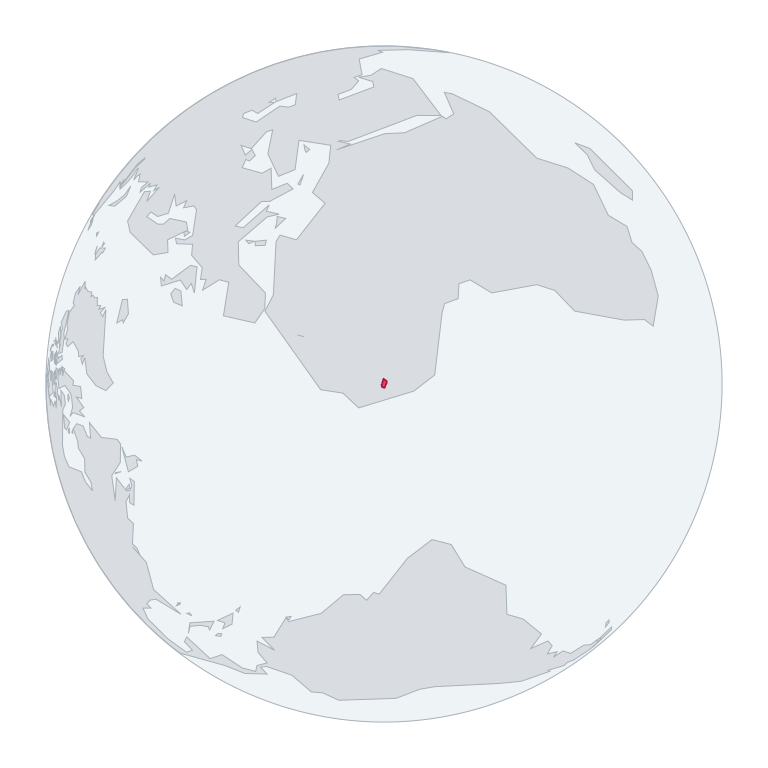 Mali on an orthographic globe, rotated 289°
{"feature_id": "GIN-5652", "entity_name": "Mali", "entity_type": "Prefecture", "adm_level": 1, "iso_a3": "GIN", "parent_name": "Guinea", "parent_adm1": "", "projection": "orthographic", "projection_center": [-12.225, 12.042], "detail": "fine", "context": "on_globe", "style": "filled", "palette": "rose", "viewbox_px": 768, "rotation_deg": 289, "n_neighbors": 0, "source": "natural_earth", "source_scale": "10m", "svg_char_len": 9446}
<svg xmlns="http://www.w3.org/2000/svg" viewBox="0 0 768 768"><g transform="rotate(289 384 384)"><circle cx="384" cy="384" r="338" fill="#eef3f6" stroke="#a8b0b8"/><path d="M283.4,61.4L282.5,62.2L254.9,75.8L261.7,73.5L255.5,78.7L261.0,78.4L254.3,82.0L264.5,78.8L269.5,75.7L275.6,73.5L279.3,73.3L271.5,77.5L268.5,78.2L268.1,79.4L262.6,81.8L267.4,80.6L257.4,86.4L272.7,80.6L269.2,85.4L261.2,89.3L255.1,88.7L221.2,100.0L211.2,105.6L203.1,113.2L202.5,126.5L194.2,133.6L188.1,143.2L195.8,138.8L203.3,129.9L216.1,125.2L223.7,116.0L230.0,113.1L240.7,104.7L246.5,106.5L246.3,113.2L237.8,120.6L237.4,124.2L251.6,118.1L241.4,134.3L244.8,149.7L241.4,154.5L223.9,160.2L208.7,156.4L186.0,167.9L208.2,161.5L199.2,175.2L200.8,178.3L205.7,178.7L212.0,174.3L210.5,179.7L188.0,187.0L189.0,182.1L196.2,179.5L188.9,178.3L173.8,185.2L170.4,192.5L151.0,198.2L148.4,203.9L142.7,209.0L148.2,199.2L137.9,217.4L114.6,233.1L100.2,267.0L106.3,238.5L103.6,233.3L98.9,231.3L96.3,236.6L93.6,229.1L85.0,237.3L72.6,262.8L66.1,284.7L69.9,289.6L75.4,279.2L80.6,279.8L67.7,309.1L75.4,318.9L69.4,342.2L70.4,356.2L76.5,355.6L82.2,364.2L89.4,352.2L99.6,347.7L96.6,367.3L104.7,351.2L108.7,362.3L130.9,367.4L128.4,371.4L146.7,399.3L171.5,414.3L177.2,429.7L173.8,437.9L183.5,442.1L183.7,447.9L226.8,462.9L252.5,480.1L254.1,499.8L237.4,520.2L233.4,564.8L206.3,575.2L207.0,592.2L198.9,614.2L181.6,608.9L194.4,622.6L191.2,628.2L182.0,626.4L187.2,634.8L180.8,633.2L189.9,640.1L190.0,648.2L202.1,657.9L204.8,664.2L213.0,669.8L210.2,668.8L210.0,669.7L213.5,672.4L200.2,665.1L184.5,653.0L180.5,648.1L176.5,646.0L166.8,632.4L166.4,634.4L147.6,610.5L138.9,591.6L114.5,530.9L106.9,517.0L90.7,497.7L70.3,444.4L72.0,426.2L69.2,415.7L78.7,391.6L78.6,364.6L76.0,359.5L71.7,367.9L65.0,346.8L66.0,325.4L63.2,278.8L66.9,267.5L73.1,251.8L78.9,238.7L90.7,216.2L104.0,194.8L119.0,174.3L135.4,155.1L153.2,137.1L172.4,120.6L192.7,105.5L214.0,91.9L236.4,80.0L259.5,69.8L283.4,61.4ZM95.0,278.2L104.3,300.5L94.7,299.2L97.3,296.8L95.9,288.5L91.7,279.5L84.6,280.2L95.0,278.2ZM108.8,262.2L106.8,259.9L109.4,260.7L108.8,262.2ZM236.8,104.5L238.7,104.6L235.7,106.1L236.8,104.5ZM239.7,101.0L234.9,102.6L235.6,101.2L238.5,100.2L239.7,101.0ZM245.4,99.4L237.3,98.6L238.6,96.3L250.8,90.9L245.4,99.4ZM269.5,74.8L264.3,78.1L265.2,75.7L269.5,74.8ZM268.6,73.9L262.7,71.5L272.2,67.2L272.2,68.5L281.9,63.9L289.5,62.9L285.9,65.3L278.2,68.0L286.9,65.7L268.6,73.9ZM278.2,72.4L276.1,72.0L284.2,68.2L289.8,68.4L285.4,69.5L278.2,72.4ZM280.7,63.5L287.7,61.1L295.8,59.5L299.6,58.5L290.5,62.6L280.7,63.5ZM285.4,70.3L292.5,68.7L292.0,70.5L280.7,72.7L285.4,70.3ZM284.0,67.2L288.1,65.5L287.6,66.5L284.0,67.2ZM294.3,77.4L291.7,76.3L295.7,74.0L294.3,77.4ZM295.1,68.0L295.2,67.4L296.5,66.6L300.9,66.1L295.1,68.0ZM296.8,61.4L298.7,61.5L300.9,59.6L307.1,58.9L299.8,62.0L305.5,60.4L307.4,60.2L299.4,63.0L296.8,61.4ZM309.3,63.3L302.2,67.8L306.2,70.0L302.7,71.9L296.9,68.2L309.3,63.3ZM304.2,62.8L306.5,63.4L301.0,65.1L296.0,65.7L304.2,62.8ZM313.8,57.5L306.3,57.8L308.1,57.2L313.8,57.5ZM311.5,63.5L313.2,62.4L312.4,63.4L311.5,63.5ZM314.3,58.8L311.4,58.8L313.6,58.1L314.3,58.8ZM318.9,60.6L316.6,61.9L313.1,62.2L318.9,60.6ZM317.7,59.5L321.4,58.5L313.3,61.5L316.0,59.6L317.7,59.5ZM316.9,58.1L317.2,57.7L317.8,58.2L316.9,58.1ZM333.4,59.2L324.0,62.9L316.4,63.3L326.5,59.5L333.4,59.2ZM225.9,679.0L203.0,667.1L214.3,673.0L213.2,670.3L228.4,678.3L225.9,679.0ZM226.5,672.5L230.5,671.8L234.1,673.5L232.1,674.5L226.5,672.5ZM706.6,283.4L708.7,290.4L716.2,322.1L718.7,338.5L708.0,298.0L697.4,269.5L697.2,274.6L683.2,254.7L669.3,262.6L664.2,256.0L662.3,261.4L651.9,257.1L642.8,246.3L638.0,249.2L661.5,277.7L666.3,274.9L665.8,260.1L671.8,271.3L681.4,278.7L682.2,311.9L656.4,350.5L648.6,327.5L601.6,271.1L600.0,263.7L599.6,263.0L598.7,261.7L599.9,273.9L590.0,263.0L620.8,303.0L628.3,321.7L656.1,352.0L654.8,356.4L662.2,362.0L679.4,346.1L680.6,354.1L675.8,394.9L647.3,454.8L648.1,487.7L640.9,517.1L616.6,541.1L612.1,562.4L598.5,572.5L593.2,584.8L578.6,599.5L556.6,614.6L526.4,619.7L529.7,609.2L522.6,590.2L515.0,540.6L528.1,515.0L527.7,496.2L505.2,456.2L510.5,431.5L503.2,422.2L488.8,426.3L479.7,415.1L470.5,415.7L409.0,429.0L387.0,414.5L353.2,367.9L362.0,348.1L358.0,326.0L414.1,247.7L432.2,250.4L483.5,235.6L491.0,237.3L491.8,254.3L535.7,269.5L541.8,254.0L574.8,260.0L592.4,255.9L586.7,224.3L557.8,230.1L546.0,216.6L563.8,199.3L588.1,196.0L584.3,190.8L563.3,181.9L563.1,171.2L555.3,178.3L562.8,182.8L558.1,187.9L551.0,184.2L551.3,180.2L542.3,179.4L543.6,200.2L551.3,207.0L531.4,214.6L542.3,227.1L538.9,234.5L519.3,216.3L516.8,208.8L485.0,191.8L485.9,200.0L515.9,217.1L509.1,216.5L510.4,229.5L504.0,219.2L471.0,199.9L449.2,208.0L431.4,242.3L416.6,246.7L399.7,242.0L396.2,210.0L429.7,204.1L428.9,194.3L413.6,181.9L425.1,181.7L423.0,176.5L434.8,174.3L443.1,160.2L453.8,157.5L449.1,142.3L453.9,139.3L455.4,148.8L462.1,154.7L487.8,150.0L490.5,146.2L485.3,137.1L493.0,137.7L484.7,129.5L495.5,124.2L475.3,124.5L468.7,115.5L470.8,107.7L465.0,105.2L461.5,118.1L463.4,123.5L470.8,127.7L472.8,144.4L465.7,148.4L449.9,132.4L438.1,136.9L431.0,123.9L444.8,94.6L454.6,88.5L487.8,94.9L490.2,100.3L479.4,100.3L496.8,107.6L491.9,103.4L498.3,104.4L493.6,97.4L497.9,97.8L486.0,90.9L490.7,90.7L498.2,95.1L495.3,86.1L503.1,85.0L500.3,82.9L495.2,80.9L508.4,81.6L505.8,80.1L500.5,79.2L491.8,75.9L481.7,70.7L486.8,71.2L491.2,73.1L508.0,78.6L518.8,84.5L519.9,84.3L511.8,79.4L491.2,72.5L483.6,69.4L493.1,71.8L489.1,70.6L486.9,69.3L489.6,68.7L479.0,65.9L448.4,54.4L450.5,53.3L462.4,56.0L448.6,52.3L472.2,57.8L495.4,65.0L518.0,73.8L539.9,84.2L560.9,96.1L581.1,109.5L600.3,124.4L618.3,140.5L635.2,158.0L650.7,176.5L664.9,196.2L677.7,216.8L688.9,238.3L698.6,260.5L706.6,283.4ZM402.3,286.2L402.6,292.9L402.3,286.2ZM619.2,209.2L630.2,206.9L615.8,190.1L618.9,188.2L612.9,183.6L614.7,189.0L598.7,176.5L600.0,170.0L593.9,163.1L589.9,163.6L590.0,177.8L613.0,195.2L614.5,203.4L619.2,209.2ZM131.7,367.3L134.0,371.8L130.2,371.0L131.7,367.3ZM91.2,306.6L94.2,308.3L95.0,311.9L92.3,311.9L91.2,306.6ZM121.9,317.5L126.4,320.6L120.8,320.7L121.9,317.5ZM106.2,303.6L118.2,315.8L107.4,318.5L100.2,311.2L106.4,311.5L106.2,303.6ZM102.9,272.4L104.3,274.6L102.3,277.8L102.9,272.4ZM110.6,262.9L109.7,262.9L110.0,259.7L110.6,262.9ZM200.5,174.7L202.3,174.3L206.2,175.9L202.4,177.5L200.5,174.7ZM235.5,171.4L232.3,180.3L231.9,174.6L226.0,177.9L217.8,170.9L239.2,156.6L231.0,163.9L235.5,171.4ZM212.8,159.0L215.6,164.1L211.7,159.1L212.8,159.0ZM399.7,153.0L406.4,155.4L405.9,161.6L392.2,167.8L392.8,158.6L399.7,153.0ZM416.0,157.6L404.2,141.6L412.2,138.0L409.7,142.6L416.2,141.8L413.9,149.1L433.2,162.4L434.0,169.0L408.3,175.1L416.3,169.1L409.2,166.7L416.0,157.6ZM359.8,116.0L354.7,111.5L378.6,109.2L380.6,113.8L367.1,119.5L356.9,117.5L359.8,116.0ZM268.5,91.1L265.1,91.3L267.2,89.8L272.0,88.5L268.5,91.1ZM292.7,77.0L285.9,89.5L281.6,90.1L282.8,98.0L271.9,103.0L271.5,97.4L264.0,107.8L259.3,104.8L255.5,111.9L255.7,99.1L251.1,97.7L260.4,97.2L270.5,92.6L273.5,90.2L278.7,82.6L273.9,78.2L283.2,73.8L291.0,71.8L293.6,72.2L286.7,74.7L295.1,73.4L287.2,77.5L292.7,77.0ZM377.6,65.0L368.6,65.6L384.0,68.0L376.2,70.3L378.4,70.4L375.4,73.5L375.7,77.8L371.2,78.6L373.2,80.0L371.3,82.4L372.6,84.8L364.9,87.3L365.9,90.6L361.7,90.0L365.5,95.2L359.2,92.6L356.1,96.1L363.8,96.8L319.0,109.3L305.1,118.2L296.8,127.6L287.2,123.1L288.7,112.1L296.8,99.8L311.6,92.5L304.5,92.3L309.5,89.0L313.0,90.5L310.6,86.4L315.7,84.2L322.8,76.2L316.3,72.7L318.8,70.1L323.8,70.4L322.7,67.7L334.0,66.9L336.0,65.2L349.2,63.2L357.8,65.7L359.4,63.7L369.5,62.7L377.6,65.0ZM337.2,58.7L349.3,59.9L351.0,62.1L327.4,64.8L324.0,66.5L309.0,69.3L306.9,66.3L311.4,65.7L315.3,64.4L314.4,65.8L318.0,63.8L324.3,63.1L328.8,61.4L331.5,62.1L337.2,58.7ZM495.5,230.3L500.5,230.3L507.6,228.5L508.5,237.1L495.5,230.3ZM472.9,217.3L476.9,215.6L481.7,225.9L476.4,226.4L472.9,217.3ZM475.0,206.5L476.7,214.8L472.7,210.6L475.0,206.5ZM458.6,147.2L462.4,145.4L464.4,147.4L464.2,151.0L458.6,147.2ZM421.8,76.3L416.3,75.3L416.5,74.4L407.4,70.6L412.5,69.1L420.0,70.9L421.8,76.3ZM584.1,230.5L581.5,237.4L577.7,235.1L579.4,233.1L584.1,230.5ZM545.0,237.5L555.9,239.7L545.1,239.8L545.0,237.5ZM425.8,74.0L421.5,72.5L426.7,72.8L425.8,74.0ZM415.8,68.0L421.2,67.9L412.1,68.5L415.8,68.0ZM673.7,502.0L647.5,556.0L638.7,559.1L642.0,545.1L655.1,513.5L667.0,501.5L674.2,485.9L673.7,502.0ZM463.3,65.8L470.3,72.1L478.6,77.2L488.7,80.1L477.5,79.3L464.6,71.5L463.3,65.8ZM449.7,55.4L440.9,53.8L442.6,53.5L444.9,53.8L449.7,55.4ZM445.9,55.2L439.2,55.5L432.8,54.0L439.4,54.0L445.9,55.2ZM433.0,62.9L434.7,64.7L430.4,64.2L433.0,62.9Z" fill="#d9dde1" stroke="#a8b0b8" stroke-width="1"/><path d="M388.1,381.7L388.3,381.7L388.7,381.9L388.8,381.9L388.8,382.0L388.7,382.0L388.5,382.4L388.5,382.5L388.4,382.8L388.2,382.9L388.1,383.1L388.2,383.4L388.3,383.4L388.3,383.9L388.1,384.5L387.9,384.9L387.7,385.2L387.5,385.6L387.5,385.8L386.8,385.9L386.4,385.9L386.2,386.0L385.9,386.2L385.7,386.2L385.6,386.3L385.1,386.3L384.9,386.2L384.7,386.1L384.3,386.0L384.1,385.8L383.5,385.9L382.4,385.9L380.6,385.9L380.6,385.6L380.6,385.2L380.8,385.0L380.8,384.9L380.7,384.7L380.5,384.8L380.4,384.8L380.3,384.7L380.5,384.4L380.6,383.7L380.5,383.3L380.7,382.8L380.8,382.7L381.1,382.6L381.3,382.5L381.5,382.4L381.8,382.2L382.0,382.1L382.3,382.0L382.4,381.9L382.5,382.0L382.9,382.1L383.0,382.1L383.1,382.4L384.2,382.2L384.4,382.1L384.6,381.9L384.8,381.8L385.2,382.0L385.3,382.0L385.6,381.8L385.8,381.8L386.1,381.9L386.2,382.0L386.7,382.0L386.9,381.9L387.4,381.8L387.6,381.7L388.1,381.7Z" fill="#f43f5e" stroke="#9f1239" stroke-width="1.5"/></g></svg>